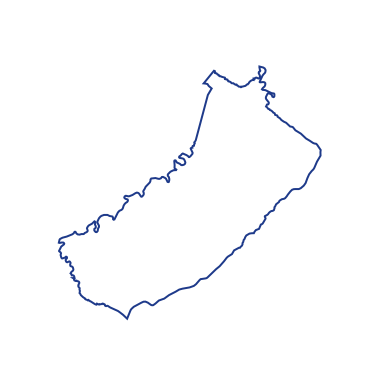 outline of Khun Tan, Chiang Rai, Thailand, rotated 19°
{"feature_id": "78962969B25374198487057", "entity_name": "Khun Tan", "entity_type": "district", "adm_level": 2, "iso_a3": "THA", "parent_name": "Thailand", "parent_adm1": "Chiang Rai", "projection": "orthographic", "projection_center": [100.257, 19.884], "detail": "fine", "context": "isolated", "style": "outline", "palette": "blue", "viewbox_px": 384, "rotation_deg": 19, "n_neighbors": 0, "source": "geoboundaries", "source_scale": "gbopen_adm2", "svg_char_len": 5985}
<svg xmlns="http://www.w3.org/2000/svg" viewBox="0 0 384 384"><g transform="rotate(19 192 192)"><path d="M173.3,70.2L167.7,85.5L169.4,85.1L171.5,84.9L173.3,86.3L176.9,87.7L175.4,95.1L178.7,141.7L178.4,143.7L178.0,144.3L178.8,145.3L178.5,146.1L178.8,147.6L177.7,148.3L177.7,149.4L178.0,150.0L176.9,150.6L176.6,151.2L177.0,151.8L179.8,154.7L180.0,155.7L179.0,158.4L178.2,159.8L177.6,160.0L176.4,159.3L174.7,158.9L170.8,158.6L170.1,159.4L169.5,161.0L168.4,162.6L168.5,163.4L169.1,163.8L172.5,163.3L173.9,163.7L175.6,165.5L176.2,166.5L176.1,167.9L175.3,169.0L173.8,169.9L172.9,170.0L171.3,169.3L168.1,169.0L166.2,167.5L165.6,167.6L165.2,168.0L165.2,168.6L166.8,172.2L167.6,174.8L168.1,175.3L169.9,175.9L169.8,176.5L167.5,177.4L165.6,179.2L164.8,180.2L163.5,183.0L163.5,183.7L163.9,184.6L165.3,185.5L166.3,187.1L166.7,188.5L166.8,190.0L166.3,190.4L165.6,190.4L163.1,187.9L161.6,187.4L159.6,187.2L158.7,187.6L158.1,189.2L156.9,190.2L155.8,190.5L152.9,190.7L149.1,192.5L148.7,193.6L149.1,195.1L149.0,196.7L146.5,202.1L146.2,204.6L145.7,206.6L145.8,207.6L146.7,208.6L147.1,209.8L147.0,210.9L146.3,212.5L145.8,212.9L145.3,212.9L142.4,210.7L141.4,210.4L140.1,210.5L138.9,211.5L136.7,214.2L134.1,216.4L133.2,216.8L130.7,217.1L129.8,218.0L129.7,219.1L130.2,219.7L131.3,220.1L133.5,220.0L134.1,220.6L134.2,221.8L133.9,222.6L132.8,224.0L132.1,225.6L131.8,227.2L131.9,229.8L131.7,230.9L131.1,231.9L129.5,233.4L128.6,235.5L127.6,243.2L127.0,243.7L126.3,243.5L125.7,242.0L124.8,241.1L121.9,241.5L119.6,241.2L116.3,242.3L114.2,244.0L113.4,245.1L112.6,247.1L112.2,250.7L112.7,252.0L114.9,254.0L115.3,254.9L115.4,255.5L115.1,257.1L115.5,259.6L115.1,260.7L114.6,261.1L113.9,261.2L112.7,260.6L112.0,259.9L111.7,258.7L112.5,257.5L112.5,256.4L112.0,255.5L110.8,254.3L110.4,252.0L109.9,251.6L109.3,251.5L107.8,254.5L105.4,257.1L104.9,258.1L104.5,259.7L104.5,260.5L105.9,262.4L106.0,263.2L105.5,264.2L104.0,265.6L103.3,267.0L101.1,267.8L99.6,268.9L97.7,269.3L96.2,268.8L94.8,267.6L94.2,267.7L93.9,268.0L93.6,269.5L92.7,270.9L88.1,274.9L84.4,277.4L82.6,279.3L82.3,280.1L82.6,283.3L83.6,283.2L85.2,282.2L86.7,281.7L87.3,281.8L88.0,282.4L88.0,283.2L86.1,286.2L85.5,291.0L85.7,291.3L87.4,291.9L88.1,292.5L88.3,294.4L89.8,296.6L90.7,297.1L91.3,296.9L93.3,295.3L93.9,294.2L94.3,294.1L94.9,294.3L95.2,294.8L95.3,295.4L94.6,297.0L95.0,298.1L95.8,298.9L96.4,299.1L97.0,299.0L98.5,297.6L99.1,297.6L99.6,297.9L100.3,298.6L100.4,300.2L100.9,301.3L101.3,301.6L102.9,301.6L103.8,302.0L104.5,302.9L105.1,304.0L105.1,305.0L104.0,306.8L103.7,308.4L104.2,308.5L104.6,309.1L105.0,309.2L105.3,309.7L105.5,309.5L105.9,309.8L107.1,309.5L107.7,309.8L108.4,310.6L108.9,311.5L107.5,312.1L108.4,312.3L108.7,312.7L109.2,312.7L109.1,313.4L109.6,313.9L111.1,314.0L111.7,313.8L111.9,313.4L112.5,313.7L113.8,313.5L114.6,313.9L114.9,314.3L115.1,315.3L114.8,316.3L115.1,316.9L114.9,317.3L115.4,318.5L117.1,319.5L117.4,320.9L118.2,322.0L118.6,324.2L119.4,324.6L120.5,325.7L123.2,326.9L125.5,327.5L125.7,327.9L126.5,328.2L127.3,328.1L128.9,328.4L129.2,327.8L131.4,328.5L131.7,328.4L136.6,329.6L138.2,329.7L138.4,329.6L138.5,328.5L140.8,328.7L141.1,328.1L142.3,327.9L143.7,326.7L144.2,326.9L144.5,326.6L144.9,326.8L145.8,326.6L146.4,327.0L146.7,327.7L147.5,327.9L147.9,327.9L148.8,327.2L149.4,327.1L152.2,327.8L160.7,328.6L162.1,329.0L166.9,330.6L171.9,332.9L172.4,323.8L172.8,322.3L174.3,319.5L180.3,313.0L181.9,311.5L183.7,310.8L186.3,311.0L189.9,312.1L191.1,312.1L192.2,311.6L193.8,309.3L196.0,305.4L200.5,301.8L203.9,296.9L208.9,291.7L211.7,288.4L214.5,286.5L220.8,283.0L224.3,280.2L225.8,277.9L227.8,272.9L228.5,271.6L233.1,269.2L233.9,268.6L234.5,267.7L239.9,257.1L242.3,253.2L244.8,247.1L246.2,242.9L247.0,241.4L250.0,237.7L250.8,233.5L254.5,229.5L255.5,229.1L255.7,228.3L256.7,226.4L256.8,225.0L256.4,223.9L256.7,222.6L256.5,220.5L257.0,219.2L257.0,217.5L257.5,215.4L259.9,212.6L261.8,211.6L263.9,210.8L264.1,209.1L264.8,207.2L267.4,205.0L267.7,200.4L268.4,199.8L269.1,198.8L270.2,193.4L270.1,192.9L268.9,191.7L268.8,191.1L270.6,189.1L271.1,188.3L271.6,186.5L272.3,185.3L273.2,184.2L274.4,183.6L275.3,182.6L275.3,180.4L274.9,179.6L275.3,178.6L275.5,176.3L277.5,173.1L277.5,172.1L277.9,171.3L279.3,169.6L281.3,168.4L282.1,167.5L283.0,165.2L283.5,163.2L284.8,159.5L285.9,157.3L287.4,156.1L292.1,154.4L293.6,153.0L295.6,149.6L296.5,146.6L296.6,141.3L297.0,137.1L298.3,133.3L299.4,131.1L299.8,129.3L300.3,122.6L301.7,115.8L300.5,112.6L300.0,110.4L294.8,106.5L293.7,106.0L291.8,106.3L290.4,106.2L286.7,105.2L282.4,104.3L276.0,101.4L269.7,100.0L266.4,97.9L265.5,97.8L263.4,98.1L258.5,95.9L255.9,95.6L253.0,94.8L251.2,93.7L248.5,93.0L248.1,92.3L247.6,91.9L245.5,92.0L244.6,90.7L242.8,90.4L242.4,90.0L240.5,89.2L238.9,89.1L238.3,88.5L237.1,88.6L234.9,87.2L234.2,87.1L234.4,84.9L235.6,84.2L235.7,82.9L235.3,82.2L232.0,80.1L231.2,79.1L231.0,77.8L231.4,74.7L231.6,74.2L232.2,73.8L234.2,73.7L235.8,74.3L237.0,75.7L238.1,75.8L238.5,75.5L238.7,74.7L238.3,73.3L237.9,72.5L237.4,72.2L235.1,72.6L228.2,71.8L225.5,72.4L224.7,72.1L225.1,70.6L226.3,68.5L226.4,66.8L225.9,65.3L225.2,64.8L224.3,64.7L223.2,65.0L220.8,66.1L220.3,66.1L220.1,65.7L220.8,59.0L221.4,57.2L222.1,55.9L222.3,54.6L221.9,52.8L220.5,51.5L218.9,51.1L214.9,51.4L215.2,52.3L216.2,53.9L216.4,54.6L217.1,55.2L216.9,56.0L216.2,56.7L216.2,57.3L216.5,58.1L218.0,59.5L218.6,60.4L218.7,61.5L218.4,62.8L217.7,63.1L215.9,62.8L215.4,63.2L214.8,63.3L214.4,63.9L214.4,64.7L213.2,64.7L213.3,65.4L213.7,66.1L212.8,66.3L211.3,67.8L210.3,69.8L210.3,70.5L210.0,71.3L209.7,71.6L209.6,72.1L209.1,72.3L208.8,72.7L208.0,74.2L205.1,76.1L204.4,76.3L204.4,76.8L204.1,77.0L203.4,76.8L201.8,77.1L200.2,76.4L199.8,76.5L199.1,75.9L198.3,76.4L197.8,76.2L197.3,76.3L195.7,75.7L194.3,76.2L193.3,75.9L192.6,75.4L190.5,75.5L190.3,75.1L189.7,75.1L188.9,74.2L188.4,74.4L187.7,74.2L186.9,74.5L186.4,74.5L186.1,73.5L185.9,73.2L182.2,73.4L181.5,73.2L180.6,73.5L179.5,73.2L179.6,72.9L178.6,72.5L177.7,72.5L176.8,71.9L175.8,72.0L175.5,71.7L174.9,71.9L174.3,70.3L173.3,70.2Z" fill="none" stroke="#1e3a8a" stroke-width="2"/></g></svg>